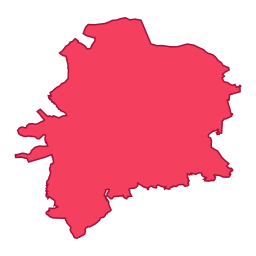 outline of Cluj-Napoca, Cluj, Romania
{"feature_id": "2599482B57183419142958", "entity_name": "Cluj-Napoca", "entity_type": "district", "adm_level": 2, "iso_a3": "ROU", "parent_name": "Romania", "parent_adm1": "Cluj", "projection": "robinson", "projection_center": [23.595, 46.776], "detail": "fine", "context": "isolated", "style": "filled", "palette": "rose", "viewbox_px": 256, "rotation_deg": 0, "n_neighbors": 0, "source": "geoboundaries", "source_scale": "gbopen_adm2", "svg_char_len": 5759}
<svg xmlns="http://www.w3.org/2000/svg" viewBox="0 0 256 256"><path d="M84.9,232.4L85.5,231.4L85.1,229.4L85.8,228.0L87.5,227.1L87.6,226.7L89.4,226.9L94.8,224.2L99.4,220.4L100.4,217.9L103.6,217.3L105.2,215.7L105.6,214.1L106.9,213.8L107.0,212.9L107.6,212.3L109.3,211.8L111.1,210.0L108.6,204.0L108.7,201.9L106.9,200.6L106.9,200.3L107.7,200.3L106.5,198.4L105.8,198.7L105.5,197.4L106.3,196.3L105.5,196.3L104.9,195.5L104.9,196.0L104.6,196.0L104.2,195.5L104.8,193.0L105.6,191.6L105.7,189.8L109.0,189.2L109.3,190.3L107.1,193.7L107.0,195.5L109.9,197.9L110.3,198.7L111.9,198.8L113.9,196.4L118.7,196.3L119.2,195.9L122.9,196.1L122.8,195.7L123.2,195.4L123.9,197.3L125.3,198.3L126.6,198.8L126.7,198.1L127.9,197.3L127.9,196.5L131.6,196.2L129.9,193.1L129.7,190.9L129.0,190.1L129.0,189.1L131.0,188.4L134.3,188.2L135.9,187.4L137.7,185.8L137.8,183.2L143.8,186.9L147.5,188.2L147.5,189.2L147.9,189.6L148.5,189.4L148.5,187.5L150.7,186.3L152.1,186.2L153.4,187.5L156.1,187.9L156.5,187.6L156.4,186.0L158.1,184.8L161.1,186.3L164.2,187.0L165.2,186.8L164.1,187.8L164.7,189.1L165.5,188.4L168.9,189.1L169.7,189.0L169.7,188.4L171.0,187.4L173.2,186.3L173.2,186.6L173.9,186.1L176.1,186.5L176.7,186.1L176.6,185.7L176.9,186.1L178.8,184.7L183.1,184.5L183.7,184.8L183.9,185.5L185.2,186.2L187.1,185.9L188.5,185.1L188.6,183.9L188.0,183.2L189.0,180.6L188.4,180.6L188.0,177.8L187.5,177.6L187.4,173.9L189.5,174.9L190.7,173.6L190.9,174.5L191.7,174.6L191.3,173.2L195.7,174.3L198.7,172.8L201.5,173.2L201.7,174.5L202.2,174.7L202.0,175.3L203.2,176.6L206.2,177.6L204.1,179.2L205.2,179.2L204.6,179.9L204.6,180.7L208.5,181.1L211.3,180.6L211.1,180.4L211.4,180.1L213.0,180.8L214.1,180.3L215.0,179.1L215.0,178.4L215.5,177.3L214.0,175.4L214.3,174.8L220.5,175.7L222.4,176.9L226.2,177.2L227.3,176.9L228.1,177.2L229.4,176.7L230.0,175.6L229.6,174.6L229.8,174.2L230.5,174.6L230.7,174.3L230.5,173.8L229.8,173.6L229.6,172.7L231.4,171.1L231.7,171.3L232.5,170.6L232.5,170.3L232.1,170.2L232.5,169.5L231.2,168.3L230.4,168.9L229.9,168.1L229.0,168.2L228.0,167.1L227.1,166.8L226.8,165.9L228.9,163.7L224.7,160.2L221.8,157.3L217.6,151.0L214.9,149.6L213.5,148.5L211.6,147.7L211.2,145.8L211.5,140.8L211.0,140.0L211.1,139.1L210.4,137.9L208.4,136.9L208.3,135.8L208.8,134.4L212.8,131.3L217.2,130.3L217.5,130.0L217.4,129.4L218.3,129.4L218.2,130.4L217.8,131.0L218.3,131.5L216.4,132.7L217.0,133.5L217.1,134.5L219.2,134.3L219.2,133.0L221.6,133.1L222.3,121.0L223.6,119.9L224.0,119.1L226.1,118.8L231.8,116.0L231.4,114.9L232.4,114.4L232.4,113.8L230.8,113.3L230.0,109.6L227.2,100.1L228.5,100.3L228.6,99.6L229.1,99.7L229.5,94.8L240.1,91.7L239.9,86.5L240.6,86.4L240.3,85.5L239.8,85.4L238.6,86.8L236.3,87.1L234.9,84.5L233.1,85.2L231.8,85.1L230.0,84.3L227.6,82.5L224.2,81.9L222.0,78.1L224.4,76.2L222.5,74.4L223.0,73.8L224.0,73.2L224.5,72.4L229.1,69.9L228.6,67.7L222.9,65.3L221.5,62.9L218.1,60.4L215.4,56.9L212.6,54.7L207.6,53.1L205.8,51.9L203.7,49.8L193.8,45.2L187.4,44.0L178.0,46.6L173.7,46.9L170.0,46.7L162.5,45.6L156.9,45.7L150.9,43.9L141.0,20.2L135.2,19.1L130.2,19.8L129.0,19.6L126.4,18.1L124.8,17.8L120.1,18.8L116.9,20.0L112.3,20.4L108.8,22.1L104.6,23.6L94.2,24.8L88.3,24.5L86.6,26.1L85.4,27.8L83.2,33.6L86.4,35.6L94.3,37.9L95.1,37.8L94.9,41.1L93.3,42.9L93.0,43.8L91.9,44.9L91.9,45.7L91.6,45.7L90.9,47.9L89.7,48.7L87.6,48.9L86.6,48.4L85.6,46.7L85.0,46.4L84.4,45.5L81.0,43.4L78.1,42.5L78.3,41.7L77.9,41.4L78.1,41.0L76.5,39.9L76.6,39.5L75.0,38.7L72.7,41.3L69.9,42.3L70.0,43.3L68.9,43.9L68.1,45.0L65.5,46.4L65.0,47.6L62.1,51.1L59.5,52.9L60.6,54.0L63.3,55.7L65.7,56.1L66.3,57.4L68.1,65.2L67.9,68.2L68.4,69.0L68.2,78.5L64.5,82.6L61.6,83.6L60.3,85.3L58.7,86.6L57.7,86.8L54.9,88.9L52.4,91.3L50.2,92.4L50.5,94.2L51.3,96.1L50.5,96.1L50.0,95.6L48.5,95.6L48.8,96.1L48.5,96.5L49.3,97.4L48.7,97.5L49.0,98.3L50.1,98.4L50.4,99.1L49.8,99.0L49.7,99.4L51.6,100.4L51.6,101.1L52.0,101.3L51.9,101.9L54.0,102.5L53.9,103.5L54.7,103.4L55.1,104.1L55.8,104.4L56.7,105.5L56.5,106.1L57.2,107.2L58.0,107.5L58.5,109.1L60.5,109.8L60.8,110.8L64.3,112.1L65.8,113.6L66.6,115.5L62.3,116.1L58.9,117.9L53.3,115.7L52.1,117.0L49.4,115.7L48.3,116.5L46.5,115.5L40.3,109.3L37.2,111.5L39.6,114.0L42.1,117.4L43.9,119.3L44.2,119.8L43.6,120.9L41.5,121.6L37.9,123.6L35.3,124.3L32.4,123.6L29.0,123.9L27.1,125.4L26.1,127.7L24.8,127.8L22.4,127.0L20.5,127.4L19.0,128.5L17.6,130.5L18.4,131.7L18.5,133.2L19.4,134.3L20.5,135.0L24.3,136.4L26.5,136.5L28.1,136.0L35.3,136.7L37.1,138.6L37.6,138.8L39.4,138.7L43.0,135.2L44.2,134.7L45.4,135.0L45.3,137.4L45.0,138.4L45.1,140.7L46.6,142.3L45.8,142.6L46.9,143.8L47.7,146.0L44.2,146.4L39.5,146.0L34.9,147.4L31.5,150.6L30.6,152.9L28.9,154.3L27.3,154.5L25.8,153.7L22.3,153.2L17.5,154.6L15.6,154.7L15.8,155.2L15.4,155.4L15.7,157.5L21.4,157.2L27.2,158.6L28.6,162.0L44.7,157.3L51.7,154.6L52.0,155.2L51.9,155.7L52.2,155.9L52.1,156.2L52.5,156.5L52.4,157.2L52.8,157.8L53.6,162.2L52.3,163.9L51.2,163.9L50.6,164.8L50.3,167.1L49.6,168.1L49.8,170.8L50.6,171.5L50.3,174.3L49.3,176.6L48.5,179.6L47.1,180.9L46.7,182.9L46.7,183.7L47.2,184.1L46.9,184.6L47.9,184.5L47.2,185.6L46.6,185.7L47.1,186.6L47.0,187.6L46.1,188.4L46.7,189.3L46.6,190.1L46.2,190.4L46.8,190.8L46.2,190.8L46.4,191.4L46.2,191.7L46.8,192.1L46.9,192.9L46.7,193.2L47.0,193.6L46.5,193.9L47.1,194.2L46.5,194.5L46.7,194.9L46.1,195.1L46.2,196.3L47.9,197.9L48.0,198.5L48.7,197.7L48.2,197.1L48.6,196.6L50.4,197.4L51.2,198.3L54.2,200.1L54.9,201.1L55.1,202.0L54.4,205.2L54.6,205.0L56.5,206.4L57.2,206.2L57.8,206.8L54.4,208.4L49.3,208.2L49.0,209.8L49.6,210.4L48.3,210.9L48.2,211.6L47.2,211.4L46.3,212.4L46.2,213.6L47.2,214.7L48.3,215.0L49.4,216.4L52.9,217.9L65.4,218.3L65.5,220.0L66.4,221.0L67.0,223.0L70.6,226.9L70.6,228.3L70.1,229.5L70.8,231.6L73.2,234.9L73.9,236.9L74.9,237.8L77.1,238.2L77.8,237.5L79.1,237.3L81.4,235.9L83.0,235.3L84.9,233.7L84.9,232.4Z" fill="#f43f5e" stroke="#9f1239" stroke-width="1.5"/></svg>